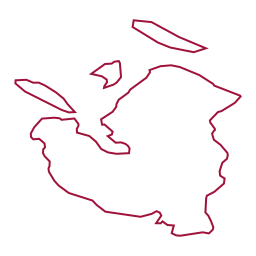 San Juan, United States of America
{"feature_id": "52423323B32782252789959", "entity_name": "San Juan", "entity_type": "district", "adm_level": 2, "iso_a3": "USA", "parent_name": "United States of America", "parent_adm1": "", "projection": "robinson", "projection_center": [-122.989, 48.606], "detail": "fine", "context": "isolated", "style": "outline", "palette": "rose", "viewbox_px": 256, "rotation_deg": 0, "n_neighbors": 0, "source": "geoboundaries", "source_scale": "gbopen_adm2", "svg_char_len": 1763}
<svg xmlns="http://www.w3.org/2000/svg" viewBox="0 0 256 256"><path d="M30.8,133.5L31.0,137.0L33.2,139.3L39.1,138.8L44.5,143.4L45.0,147.3L43.2,149.4L43.0,153.1L44.7,156.3L49.7,161.4L49.5,166.2L48.5,168.3L48.9,171.8L54.4,180.8L58.8,185.7L68.8,193.0L92.4,200.5L96.8,205.1L105.4,211.7L140.6,216.8L151.6,213.9L156.6,211.2L159.7,212.6L161.3,215.6L156.1,223.2L160.7,223.3L162.5,221.4L167.4,225.0L173.8,225.5L171.7,233.2L176.2,235.4L180.6,235.7L202.7,232.3L208.9,233.4L212.8,229.7L213.3,227.2L210.9,220.9L208.4,215.8L205.4,212.4L206.2,198.0L206.9,195.7L214.2,191.9L223.9,183.6L224.6,178.5L220.1,175.6L219.6,171.3L222.3,162.8L226.9,158.8L227.8,155.4L227.4,152.9L220.4,144.7L213.8,139.7L212.1,133.7L214.2,130.4L214.9,130.0L214.8,128.7L210.3,122.6L209.9,120.4L217.9,112.1L221.6,111.0L234.8,102.9L240.6,96.5L240.2,95.7L214.2,85.6L213.1,83.9L199.2,75.0L179.7,67.0L171.2,65.3L160.5,66.2L149.5,70.1L150.0,72.3L146.4,77.7L130.2,89.6L128.3,92.7L118.7,99.7L116.5,104.1L116.2,106.9L112.6,111.8L101.1,119.3L102.1,124.7L104.5,124.5L112.6,131.6L111.9,134.5L107.7,136.1L115.7,142.7L121.1,142.4L125.5,143.9L128.0,145.9L129.6,148.6L129.0,153.2L116.4,153.8L107.9,152.4L101.2,149.0L95.9,141.6L89.3,136.0L77.0,132.6L76.8,129.0L78.5,125.5L78.4,124.0L74.4,118.5L61.5,119.8L59.7,118.3L54.2,117.7L42.0,118.6L34.2,127.3L30.8,133.5ZM133.7,20.3L132.6,27.0L158.0,42.6L170.2,47.5L193.7,52.2L205.9,48.3L179.1,37.1L151.5,22.1L133.7,20.3ZM15.6,80.3L15.4,83.4L25.0,91.5L61.8,110.0L68.8,112.4L74.9,112.1L67.7,104.3L63.7,98.7L55.9,92.3L45.0,85.5L38.6,82.6L33.2,82.7L26.4,79.8L15.6,80.3ZM91.2,73.9L101.9,76.3L106.7,79.6L107.0,82.3L104.3,86.2L104.0,87.9L113.6,84.6L116.7,82.5L121.0,77.2L119.9,63.1L118.8,61.1L114.3,61.7L111.7,63.6L105.0,64.0L91.2,73.9Z" fill="none" stroke="#9f1239" stroke-width="2"/></svg>